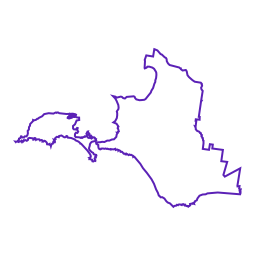 the district of Bass Coast, Victoria, Australia
{"feature_id": "25037944B92127790017854", "entity_name": "Bass Coast", "entity_type": "district", "adm_level": 2, "iso_a3": "AUS", "parent_name": "Australia", "parent_adm1": "Victoria", "projection": "orthographic", "projection_center": [145.362, -38.485], "detail": "fine", "context": "isolated", "style": "outline", "palette": "violet", "viewbox_px": 256, "rotation_deg": 0, "n_neighbors": 0, "source": "geoboundaries", "source_scale": "gbopen_adm2", "svg_char_len": 5793}
<svg xmlns="http://www.w3.org/2000/svg" viewBox="0 0 256 256"><path d="M207.4,193.4L217.7,192.5L240.1,194.3L240.5,193.1L240.0,192.4L240.5,191.9L239.5,190.8L239.6,190.1L240.5,190.2L240.6,189.8L239.9,190.1L239.6,189.7L239.8,189.3L239.2,188.5L239.5,188.1L239.3,187.6L239.5,186.1L237.5,186.4L237.4,185.8L240.2,168.3L224.8,176.6L223.4,174.9L227.2,161.9L221.3,161.2L222.9,149.9L212.3,148.5L212.8,144.6L209.9,144.2L209.0,149.8L202.8,148.9L203.5,143.5L203.5,140.7L203.1,140.5L202.8,138.1L202.4,138.1L202.1,137.1L201.5,136.5L201.9,135.1L201.2,134.8L200.8,133.1L199.9,132.9L199.4,131.8L197.0,130.8L196.1,129.7L195.7,129.1L195.8,128.1L195.0,126.3L195.6,126.5L196.3,120.9L195.6,120.8L195.8,119.3L199.6,119.7L199.7,116.9L198.8,116.8L201.0,101.7L201.5,100.9L201.1,100.9L202.7,90.9L201.5,89.4L201.1,87.8L202.1,85.8L202.0,84.9L201.6,84.6L201.8,83.8L200.8,82.7L194.7,81.7L192.4,80.1L189.0,77.1L187.5,75.2L186.7,71.3L185.8,70.0L182.6,70.5L181.0,69.3L180.8,68.4L180.2,68.4L179.2,67.5L169.6,65.0L168.0,63.4L166.8,61.2L166.6,59.1L165.9,57.9L164.7,57.3L161.9,54.6L160.6,54.1L157.4,50.4L154.3,49.2L153.1,56.5L146.3,55.4L144.7,60.0L145.0,60.9L144.6,68.0L144.8,68.4L146.5,67.7L147.4,66.7L149.4,66.7L152.4,67.6L154.1,68.8L155.9,71.7L156.3,72.8L156.4,74.9L156.1,78.0L155.3,80.4L155.3,81.9L154.4,83.7L153.1,88.0L151.4,90.7L150.8,92.5L145.5,99.1L144.2,99.8L141.1,100.1L139.5,100.2L136.3,99.4L135.2,98.2L134.6,96.8L133.7,96.3L126.7,96.9L124.9,98.5L123.2,98.1L121.9,96.9L120.8,96.6L116.8,97.6L115.5,96.7L113.0,96.1L115.2,98.4L116.5,100.7L118.3,105.0L118.6,107.5L118.4,109.1L116.8,111.4L117.2,113.0L117.2,115.4L116.8,118.1L115.2,121.1L113.4,122.4L116.5,123.7L118.1,126.0L118.4,126.6L117.9,126.9L117.7,128.3L118.0,128.5L118.8,131.4L118.0,131.8L117.9,132.6L117.0,132.6L117.4,133.2L116.7,134.5L116.3,136.9L114.0,139.3L111.9,139.5L109.4,140.6L107.2,140.6L104.4,142.0L102.2,141.8L100.3,142.2L96.4,142.4L96.1,142.6L96.3,143.8L98.3,145.0L98.3,146.8L98.8,148.6L100.2,149.4L101.0,149.1L101.2,148.6L102.8,148.5L104.6,148.8L105.6,148.5L107.0,149.0L107.5,148.7L109.2,149.3L110.6,149.0L111.0,149.6L111.7,149.2L113.5,149.4L115.3,148.8L115.7,150.0L117.2,149.5L118.2,150.0L118.3,150.6L118.8,150.1L120.4,150.9L120.6,151.9L122.2,151.9L123.7,153.7L124.7,153.6L125.3,154.3L126.1,153.7L126.5,154.4L127.2,154.1L128.6,155.1L129.5,154.5L130.3,155.0L131.1,154.8L133.0,155.8L133.2,156.9L133.8,156.5L134.4,156.8L140.3,163.8L143.0,168.2L146.9,172.9L151.5,179.2L154.0,183.8L156.1,189.4L157.9,192.8L158.8,195.6L159.4,195.8L160.6,197.3L162.3,197.2L164.4,198.5L166.3,201.2L167.7,202.5L170.0,203.4L173.4,206.8L174.4,205.9L176.1,205.7L176.9,204.8L178.0,205.2L178.5,204.6L179.9,204.4L181.8,205.1L182.3,204.3L183.0,204.6L183.5,204.2L184.3,204.6L184.6,205.3L185.3,204.9L185.5,205.6L188.0,206.5L188.0,206.0L189.2,206.1L190.2,205.3L190.0,204.0L191.6,203.6L192.2,203.8L192.5,203.4L194.1,203.9L193.7,202.7L194.8,202.0L195.0,201.2L196.8,200.3L197.4,198.5L199.5,195.7L202.6,194.5L205.7,194.3L207.4,193.4ZM84.9,136.8L82.8,137.2L82.5,137.8L81.5,137.4L81.4,137.9L81.0,138.0L79.2,137.3L75.7,137.1L74.9,136.0L75.0,134.0L75.9,132.7L77.4,132.9L78.2,131.6L77.2,129.9L77.7,128.1L77.1,127.9L75.8,129.5L73.8,129.3L73.1,128.5L73.0,126.0L75.0,124.3L76.6,120.5L79.2,120.0L79.1,117.6L77.3,117.5L74.8,116.6L74.5,117.0L73.6,117.0L72.8,116.4L72.3,116.5L71.9,117.7L69.8,118.3L69.7,118.0L71.6,117.4L71.7,116.6L71.1,116.1L70.3,116.3L70.3,116.8L69.9,116.6L69.9,117.3L69.4,117.4L69.2,117.9L68.9,117.6L68.4,118.3L67.7,118.0L67.8,117.5L67.4,117.9L68.0,117.0L69.2,116.8L69.3,115.5L69.7,115.7L70.4,115.6L70.4,115.3L70.6,115.6L71.2,115.2L71.8,115.4L74.1,114.5L76.7,115.2L75.5,114.3L72.8,113.7L66.5,114.0L59.2,113.2L57.9,112.4L56.9,112.7L56.8,112.0L56.8,112.5L55.7,112.5L53.4,113.6L48.7,113.2L44.2,114.1L42.1,116.3L39.0,117.8L37.8,118.8L37.2,118.8L36.0,119.8L34.0,120.4L33.1,120.0L33.0,121.1L30.1,124.1L30.0,125.7L29.0,127.1L28.9,129.5L27.7,130.9L27.9,133.4L27.3,135.4L26.3,136.4L24.7,136.4L24.1,137.1L23.0,137.5L22.2,137.4L21.5,136.3L21.0,136.3L20.4,138.0L19.0,138.6L19.0,139.6L17.6,141.0L17.5,141.6L18.6,142.0L18.8,141.6L20.9,141.4L21.4,140.8L21.9,141.5L22.1,141.5L22.5,140.7L22.4,141.3L23.0,140.8L22.8,141.5L23.4,140.9L23.4,141.3L24.1,140.6L25.7,140.1L26.8,140.8L28.0,139.9L28.2,138.4L29.4,137.9L32.6,138.3L33.1,138.8L33.3,139.7L34.2,139.4L33.8,138.4L34.8,138.0L35.4,138.2L36.0,139.9L36.7,139.4L39.0,139.3L39.6,139.6L40.0,140.5L41.6,140.0L42.4,140.4L42.7,140.9L42.5,141.6L43.5,141.6L44.4,140.8L45.3,141.1L46.8,142.6L47.1,144.3L48.3,144.4L49.5,143.9L49.5,144.7L50.6,145.1L50.9,146.2L51.4,144.5L52.0,143.8L52.8,143.7L53.3,142.6L53.8,142.5L53.3,142.1L53.5,141.7L53.8,141.7L53.6,141.4L54.5,140.8L54.3,140.4L54.8,140.7L54.6,139.2L55.4,139.0L55.1,138.5L55.4,137.9L56.9,136.8L58.8,137.2L59.1,136.0L61.5,135.5L64.3,137.3L65.5,137.2L66.4,136.7L66.4,136.1L66.8,136.0L67.3,136.3L67.8,137.6L71.2,138.0L74.9,139.5L75.5,140.3L78.5,141.6L80.2,143.1L80.3,143.6L81.2,143.8L87.2,150.3L90.0,154.1L90.7,155.7L90.8,156.7L90.5,157.3L89.3,157.8L89.7,158.1L89.6,158.5L90.0,158.3L90.2,159.3L92.0,159.7L92.4,161.3L93.3,161.5L94.7,160.7L95.3,160.9L95.4,160.2L94.6,159.0L94.6,158.4L95.1,157.7L95.6,157.6L95.4,156.9L95.8,156.9L95.7,156.3L96.4,155.7L96.2,154.9L93.8,154.3L93.1,152.8L91.7,152.1L90.0,150.4L89.2,149.2L89.0,148.2L89.8,145.6L89.9,144.3L90.9,142.6L91.9,141.8L95.6,140.9L96.2,140.3L95.8,139.7L96.0,139.1L95.1,138.9L96.0,138.9L94.8,138.6L94.9,137.9L94.3,137.4L93.0,137.3L92.6,137.7L91.9,136.8L91.8,137.8L91.2,137.7L90.9,138.2L90.0,137.7L89.1,138.0L88.3,137.8L86.4,135.9L85.2,136.6L84.9,136.5L84.9,136.8ZM88.0,131.5L87.5,131.6L86.4,133.8L87.3,134.8L88.7,134.9L89.9,136.1L90.0,137.0L90.6,137.5L90.3,136.2L90.5,135.7L89.8,135.5L89.4,133.7L87.8,132.2L88.0,131.5ZM72.5,115.8L74.4,115.9L74.8,115.7L73.9,115.3L72.5,115.8ZM15.4,141.6L15.8,142.1L16.2,141.7L15.4,141.6Z" fill="none" stroke="#5b21b6" stroke-width="2"/></svg>